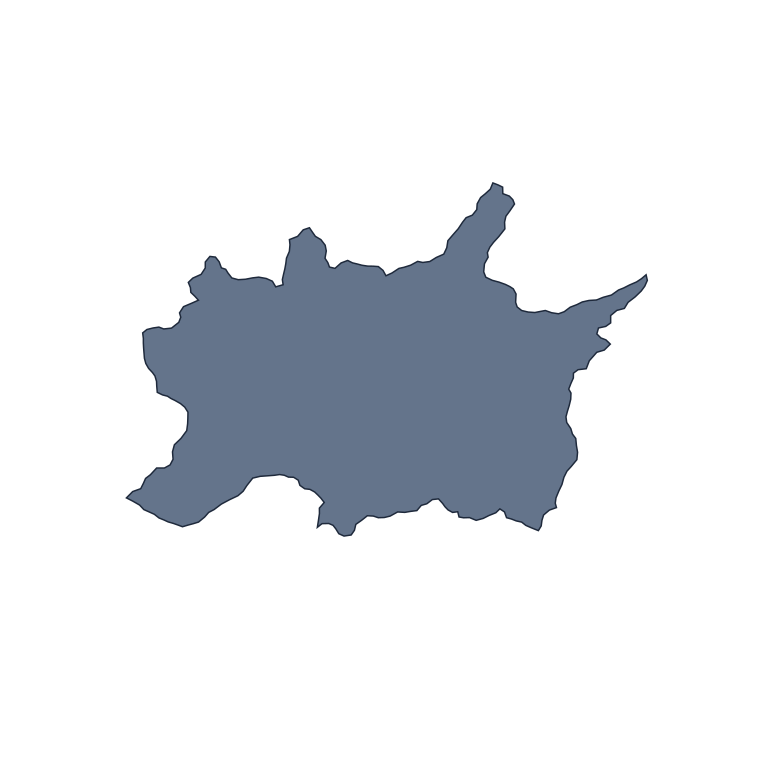 the district of Campanário, Minas Gerais, Brazil, rotated 46°
{"feature_id": "56859067B36215621626417", "entity_name": "Campanário", "entity_type": "district", "adm_level": 2, "iso_a3": "BRA", "parent_name": "Brazil", "parent_adm1": "Minas Gerais", "projection": "equal_earth", "projection_center": [-41.737, -18.28], "detail": "fine", "context": "isolated", "style": "filled", "palette": "slate", "viewbox_px": 768, "rotation_deg": 46, "n_neighbors": 0, "source": "geoboundaries", "source_scale": "gbopen_adm2", "svg_char_len": 3818}
<svg xmlns="http://www.w3.org/2000/svg" viewBox="0 0 768 768"><g transform="rotate(46 384 384)"><path d="M592.7,345.8L588.7,343.6L585.4,339.4L582.4,332.5L579.9,325.8L576.1,319.4L573.8,313.0L573.4,306.7L572.4,297.8L567.6,292.2L561.9,288.3L556.4,283.9L550.9,283.2L545.8,280.6L538.6,279.3L534.0,275.9L531.1,271.1L528.3,266.0L524.7,260.3L520.4,255.8L516.0,254.7L513.5,249.3L511.2,243.6L507.8,240.2L508.5,234.5L513.5,227.9L509.9,220.2L509.0,208.9L512.6,202.0L512.5,193.5L506.4,193.7L501.5,196.0L495.8,196.1L492.7,190.8L496.6,184.5L497.5,178.5L492.2,173.4L492.8,165.4L496.6,158.6L494.8,151.7L495.8,142.8L495.8,134.4L494.8,128.5L492.4,122.6L487.5,119.6L487.1,125.6L486.0,131.5L483.4,138.4L481.4,144.9L479.3,150.0L478.0,158.6L473.9,166.1L471.1,172.9L466.3,178.5L462.7,184.4L460.9,190.1L458.1,196.7L457.2,204.1L454.7,209.7L449.2,213.9L443.2,216.9L440.1,221.6L437.4,225.8L432.4,230.3L426.8,233.9L421.1,234.7L416.7,232.6L411.0,226.5L405.4,224.9L401.4,225.8L396.7,227.5L390.6,230.5L384.6,234.1L377.9,236.6L372.6,234.4L367.3,228.2L365.1,221.0L361.3,218.4L359.1,212.8L358.2,206.8L357.7,199.0L356.4,189.3L351.3,184.8L348.0,179.8L346.9,173.2L345.2,165.1L340.9,163.3L335.9,163.3L329.6,166.3L324.8,161.9L319.9,163.7L315.0,166.0L317.7,172.2L317.5,179.1L317.0,185.0L319.1,191.8L323.0,196.1L323.9,203.2L321.4,209.4L322.2,215.1L323.9,222.8L324.6,231.2L325.3,238.5L329.6,244.2L332.1,250.8L329.3,258.5L327.7,266.0L323.5,271.7L319.2,274.6L317.0,282.4L313.9,288.6L311.2,293.0L309.7,301.1L307.5,307.4L301.6,305.8L295.6,306.5L291.8,309.9L287.8,313.9L283.2,317.4L279.2,319.8L275.0,322.5L269.9,324.3L267.1,330.8L266.8,338.9L262.0,342.0L257.7,340.1L252.6,339.1L248.2,333.1L243.3,329.9L236.3,329.1L230.1,330.8L225.0,330.0L219.8,329.1L217.0,335.0L217.8,343.6L214.4,351.7L218.5,354.9L222.9,360.0L225.7,366.7L229.1,370.9L232.2,375.2L235.2,379.9L238.3,384.6L242.5,387.6L238.9,394.4L232.5,392.9L226.3,395.4L220.1,399.9L216.3,404.9L212.4,410.9L207.7,416.4L202.0,419.8L195.6,419.1L191.5,418.2L187.5,420.3L181.6,417.7L175.6,417.1L171.3,420.6L172.1,427.8L176.4,432.0L178.1,439.4L175.0,448.0L175.0,454.2L180.2,456.3L183.9,459.3L189.5,459.1L194.8,459.3L192.4,465.9L189.1,474.5L190.8,481.7L194.8,483.8L197.1,488.8L196.2,498.0L191.4,504.2L186.7,506.4L183.2,511.3L180.1,516.7L179.6,522.1L184.0,525.4L187.3,528.6L191.1,531.9L195.1,535.2L199.1,538.5L203.8,541.1L209.3,542.5L215.0,542.6L219.1,543.2L224.1,545.8L227.6,548.9L232.5,552.9L238.0,550.9L242.4,548.2L246.5,547.3L250.6,545.8L256.7,544.0L262.2,543.4L268.1,544.6L272.4,548.9L276.2,552.9L280.5,558.3L282.1,567.8L282.1,577.0L285.9,583.3L291.6,588.0L293.6,594.1L291.9,600.3L286.5,605.9L287.0,615.1L286.3,621.1L288.3,626.0L290.3,631.7L286.8,639.5L287.0,648.4L293.7,646.1L301.3,643.9L307.5,644.0L312.9,641.8L318.2,639.7L324.1,638.9L328.8,636.8L333.2,635.1L337.9,632.4L342.7,630.0L346.7,628.1L349.4,622.9L352.0,618.2L354.5,613.3L355.1,605.5L354.6,599.3L356.3,593.4L357.4,584.4L360.0,575.3L362.9,566.7L363.3,559.8L361.8,553.3L360.5,543.8L364.4,537.2L369.1,531.6L373.5,526.3L376.6,522.0L380.4,519.1L384.6,517.4L388.3,513.8L393.6,512.5L398.5,514.9L404.3,513.8L408.3,510.5L413.5,508.9L417.9,508.7L422.4,508.7L427.7,509.3L428.4,516.7L432.4,520.5L436.8,526.2L440.8,531.5L441.4,525.6L446.0,520.6L450.3,518.8L454.8,519.3L460.3,520.5L465.6,518.4L469.8,512.5L468.7,506.9L465.4,501.8L466.5,494.7L467.2,487.5L471.6,483.4L476.2,481.0L480.2,476.6L483.3,471.3L485.5,463.1L490.8,458.2L494.3,453.1L497.9,448.3L497.2,441.5L499.9,436.4L500.7,429.5L504.5,424.6L510.6,424.8L514.7,425.4L519.1,425.4L524.0,423.9L527.1,419.7L531.8,422.4L535.5,419.7L539.5,415.3L546.1,412.4L549.6,406.0L551.5,399.9L554.3,393.0L554.3,387.4L559.7,386.2L565.3,388.7L569.7,386.1L574.3,384.0L579.0,380.9L584.2,380.2L589.8,377.9L596.7,374.8L595.3,369.5L591.8,365.1L589.1,360.2L589.6,352.6L592.7,345.8Z" fill="#64748b" stroke="#1e293b" stroke-width="1.5"/></g></svg>